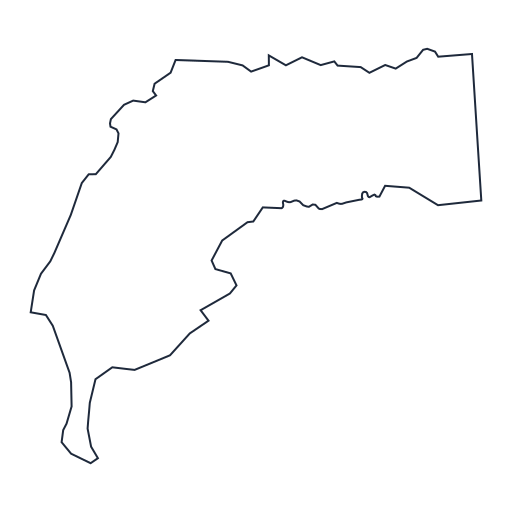 the district of Kent, Maryland, United States of America
{"feature_id": "52423323B63738133159827", "entity_name": "Kent", "entity_type": "district", "adm_level": 2, "iso_a3": "USA", "parent_name": "United States of America", "parent_adm1": "Maryland", "projection": "mercator", "projection_center": [-76.025, 39.196], "detail": "fine", "context": "isolated", "style": "outline", "palette": "slate", "viewbox_px": 512, "rotation_deg": 0, "n_neighbors": 0, "source": "geoboundaries", "source_scale": "gbopen_adm2", "svg_char_len": 1762}
<svg xmlns="http://www.w3.org/2000/svg" viewBox="0 0 512 512"><path d="M472.0,54.0L438.2,56.7L435.0,51.6L427.2,48.8L423.1,49.8L416.6,57.9L406.9,61.5L395.7,68.6L385.2,65.0L369.4,72.8L360.7,67.1L337.6,65.6L334.3,61.4L320.7,65.1L302.0,57.3L285.9,65.3L268.8,55.4L268.9,65.3L265.3,66.6L251.1,71.6L242.6,65.4L228.0,61.8L175.6,60.0L170.6,72.7L154.6,83.7L152.8,91.1L156.1,95.5L145.4,102.3L133.2,100.6L124.0,104.8L110.9,119.1L110.0,123.4L110.5,126.7L116.5,129.4L118.5,133.4L117.7,142.1L114.4,149.8L110.8,156.9L95.8,174.2L88.7,174.3L81.8,183.0L70.8,214.9L54.4,252.9L50.3,261.3L41.0,273.7L34.1,290.4L30.7,312.3L45.9,315.0L52.8,325.8L69.6,372.8L71.1,382.3L71.6,406.5L71.5,406.8L66.5,423.8L66.1,424.5L63.2,430.1L61.6,442.2L71.1,453.7L90.6,463.2L97.9,458.2L91.1,446.7L87.6,428.6L88.2,420.8L89.1,411.1L89.8,402.8L95.5,379.2L112.3,367.3L126.6,369.0L134.6,369.9L170.0,355.3L189.8,333.4L208.5,320.7L200.6,310.2L229.9,293.5L236.5,285.4L230.7,273.4L215.4,269.1L211.6,260.5L222.2,240.5L247.5,222.2L253.3,221.5L262.8,207.4L281.5,208.2L282.1,207.9L282.9,207.0L283.2,205.9L283.3,204.8L282.9,202.7L283.0,201.8L283.2,201.2L283.6,200.8L284.1,200.7L284.7,200.8L285.7,201.2L286.7,201.6L287.9,202.0L289.1,202.2L290.6,202.1L294.3,200.6L296.5,200.4L299.6,201.5L303.2,205.2L306.8,206.5L308.9,206.8L312.7,204.5L315.4,204.8L318.7,208.5L319.8,209.0L322.1,209.1L336.8,202.9L338.9,203.6L340.4,203.9L342.1,203.8L346.3,202.4L359.1,199.8L361.5,199.5L362.2,199.2L362.5,198.7L362.0,197.5L361.9,196.1L362.2,193.6L363.1,192.3L364.3,191.8L366.0,192.0L367.1,193.1L367.9,196.1L368.7,197.0L369.6,197.2L372.5,195.5L374.4,194.6L375.4,195.1L375.8,196.2L377.1,196.7L379.4,196.6L385.1,185.8L409.2,187.7L438.0,205.2L481.3,200.5L477.7,144.2L472.0,54.2L472.0,54.0Z" fill="none" stroke="#1e293b" stroke-width="2"/></svg>